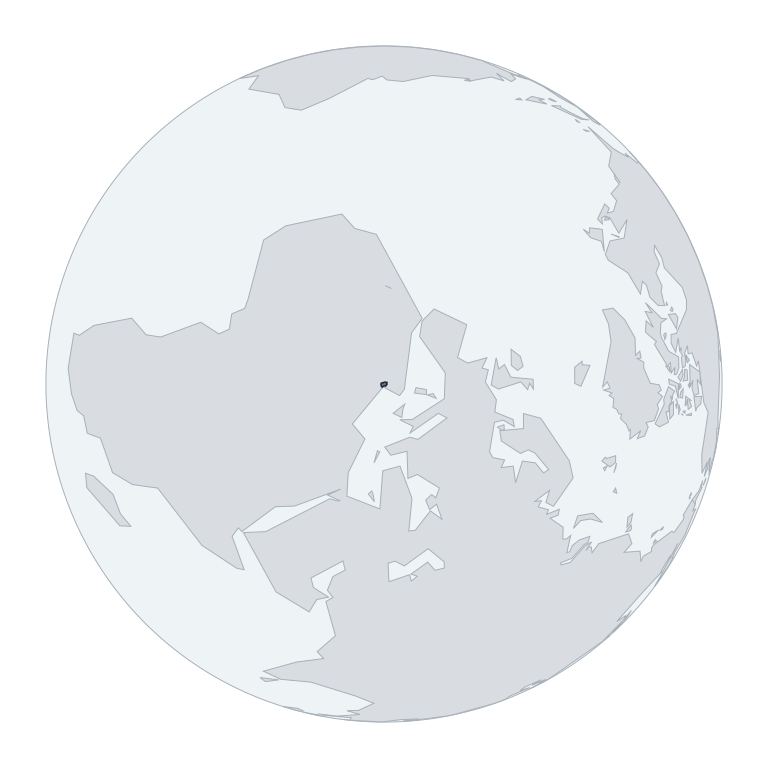 Gabès on an orthographic globe, rotated 107°
{"feature_id": "TUN-111", "entity_name": "Gabès", "entity_type": "Governorate", "adm_level": 1, "iso_a3": "TUN", "parent_name": "Tunisia", "parent_adm1": "", "projection": "orthographic", "projection_center": [9.729, 33.79], "detail": "coarse", "context": "on_globe", "style": "filled", "palette": "slate", "viewbox_px": 768, "rotation_deg": 107, "n_neighbors": 0, "source": "natural_earth", "source_scale": "10m", "svg_char_len": 10700}
<svg xmlns="http://www.w3.org/2000/svg" viewBox="0 0 768 768"><g transform="rotate(107 384 384)"><circle cx="384" cy="384" r="338" fill="#eef3f6" stroke="#a8b0b8"/><path d="M216.8,90.3L223.1,87.0L213.9,92.2L220.7,88.6L232.7,82.4L238.9,79.2L278.6,65.4L319.3,54.6L328.9,51.5L329.4,52.7L345.2,48.3L348.7,47.9L355.7,47.3L344.6,48.6L344.1,49.0L358.6,47.4L361.2,47.7L369.7,47.4L371.5,48.1L359.4,50.2L360.3,51.0L370.5,49.9L378.8,50.7L363.6,52.0L376.4,53.8L358.4,59.5L316.4,65.7L308.3,72.7L269.9,90.2L275.3,90.4L264.2,98.4L266.2,102.0L258.5,105.1L266.8,105.5L273.5,102.1L279.4,101.3L281.2,103.4L271.7,107.4L269.4,106.9L267.5,109.2L262.0,110.4L265.8,111.0L254.0,116.1L268.3,114.4L261.1,121.3L252.6,123.9L250.2,119.2L224.5,116.5L215.2,119.3L204.4,127.0L191.0,149.8L182.0,155.3L172.3,165.8L178.7,164.3L188.6,155.7L198.1,156.5L209.1,146.7L214.5,146.0L227.1,138.6L228.7,144.8L223.3,155.1L212.9,161.8L210.3,166.9L223.0,165.1L206.4,183.3L200.1,205.6L195.4,210.2L181.2,209.7L174.1,197.0L155.7,199.7L171.1,203.5L159.1,216.6L158.6,221.4L161.3,224.4L167.1,221.9L163.8,228.0L147.3,225.6L150.1,220.0L155.3,220.5L151.9,215.1L140.7,215.1L135.5,222.5L124.1,217.4L120.3,222.9L115.7,225.4L122.6,216.7L109.9,232.8L95.7,234.5L78.3,264.1L91.7,234.1L94.2,224.6L95.7,216.6L92.7,221.1L98.7,206.5L97.2,205.8L89.8,217.8L103.4,195.7L118.7,174.6L135.6,154.9L154.0,136.4L173.8,119.5L194.7,104.1L216.8,90.3ZM72.7,252.5L70.3,258.8L73.3,252.9L71.9,260.2L62.7,279.9L58.5,300.1L53.0,318.5L50.4,333.8L50.8,339.4L50.5,352.9L53.8,347.3L57.6,350.7L54.0,367.4L59.0,357.8L59.1,371.2L68.9,390.0L67.2,392.3L74.9,428.2L89.1,454.1L92.4,470.3L90.1,475.7L96.3,483.8L96.5,488.8L126.6,519.5L146.3,543.1L148.6,559.5L137.8,569.0L141.5,599.4L125.8,594.1L130.9,604.6L134.0,611.4L118.0,592.4L103.4,572.3L90.3,551.1L78.8,529.1L69.0,506.2L60.8,482.8L54.4,458.7L49.8,434.3L47.1,409.6L46.1,384.8L47.3,375.4L49.9,350.1L50.2,342.7L48.8,346.7L52.6,318.2L57.7,296.4L61.1,284.4L72.7,252.5ZM73.2,272.7L68.8,305.3L66.5,296.4L67.8,295.8L69.9,285.4L72.2,271.3L71.5,265.0L73.2,272.7ZM82.1,265.5L82.4,261.2L82.8,264.3L82.1,265.5ZM241.2,78.0L232.6,82.3L220.9,88.3L227.7,84.5L241.2,78.0ZM264.0,68.7L260.7,70.3L253.3,72.7L257.5,71.0L264.0,68.7ZM335.1,49.9L327.6,51.2L334.0,50.0L335.1,49.9ZM370.6,47.2L371.9,47.0L375.8,47.0L370.6,47.2ZM225.4,135.9L226.2,137.2L223.5,137.8L225.4,135.9ZM230.1,131.6L226.4,131.4L228.0,129.4L230.3,129.5L230.1,131.6ZM382.0,48.4L387.8,49.1L379.8,48.7L382.0,48.4ZM234.4,132.4L231.5,125.9L234.5,122.4L245.8,120.4L234.4,132.4ZM389.8,49.6L404.0,51.9L408.2,51.2L404.5,55.4L393.6,51.5L383.1,51.0L389.5,50.5L389.8,49.6ZM274.8,100.2L267.8,103.9L271.9,99.0L274.8,100.2ZM276.0,97.4L280.3,85.1L291.6,81.3L287.9,85.9L301.1,80.1L304.4,84.1L297.9,88.2L290.0,89.7L297.3,90.3L276.0,97.4ZM400.2,57.8L401.8,59.0L397.8,58.2L400.2,57.8ZM282.0,100.7L281.9,98.3L291.6,94.7L293.7,98.9L289.9,98.7L282.0,100.7ZM302.9,76.8L310.5,75.3L315.3,78.0L318.9,77.9L305.5,83.9L302.9,76.8ZM288.6,100.5L294.5,101.2L291.5,104.9L282.8,102.8L288.6,100.5ZM293.3,92.1L298.0,90.8L296.1,92.8L293.3,92.1ZM284.5,119.6L284.1,116.2L289.1,113.9L284.5,119.6ZM296.8,101.3L297.8,100.0L299.8,98.9L302.9,100.2L296.8,101.3ZM309.8,85.7L310.2,87.4L315.6,83.3L319.4,85.7L309.7,89.4L315.5,88.8L316.7,89.6L307.5,91.9L309.8,85.7ZM312.0,98.3L301.0,104.7L300.6,111.2L296.1,113.2L297.6,102.6L312.0,98.3ZM310.1,94.3L310.3,97.2L304.6,97.9L301.0,96.5L310.1,94.3ZM325.5,86.1L322.1,81.4L324.3,80.9L325.5,86.1ZM313.0,100.0L315.6,98.4L313.6,100.3L313.0,100.0ZM322.9,90.0L321.4,88.3L324.0,87.7L322.9,90.0ZM322.1,97.0L318.6,98.9L316.0,97.9L322.1,97.0ZM323.4,93.7L327.2,93.2L317.2,96.3L322.3,93.0L323.4,93.7ZM325.6,89.7L326.6,88.7L325.8,90.5L325.6,89.7ZM333.8,100.4L321.8,104.7L316.1,102.1L328.6,98.2L333.8,100.4ZM498.8,66.2L487.1,63.5L450.5,56.4L466.1,59.1L464.9,59.9L472.0,62.0L482.9,64.3L482.6,63.7L512.2,77.9L543.1,91.9L535.1,85.3L538.6,85.5L566.7,100.1L613.8,137.0L619.0,141.2L620.1,142.2L630.8,153.2L633.0,155.6L624.5,146.9L625.0,148.2L619.0,142.6L629.0,154.5L620.8,147.0L632.6,160.7L637.4,164.2L631.6,155.8L645.3,172.0L650.3,176.1L657.3,185.3L679.8,220.7L683.2,227.0L692.8,248.0L695.3,253.6L694.2,253.4L700.2,270.1L707.8,287.3L715.6,318.8L716.6,324.4L715.4,318.4L712.7,317.7L717.5,340.6L719.8,346.4L720.0,348.3L721.4,364.9L721.4,365.0L719.8,351.2L718.7,350.4L715.2,331.4L707.0,310.3L707.3,323.9L703.6,313.0L692.3,300.4L690.7,319.7L690.5,367.1L696.6,396.3L693.9,415.4L675.5,386.4L664.2,361.5L659.5,369.7L638.9,356.8L609.0,376.0L603.1,370.4L597.8,377.8L583.1,376.6L573.3,366.7L565.2,371.5L590.8,397.1L599.3,392.0L604.0,374.7L609.8,385.3L623.8,389.0L614.4,426.5L567.2,475.0L559.8,454.0L509.6,402.3L509.5,394.5L509.2,393.7L508.4,392.3L506.7,405.5L497.1,394.6L526.9,433.9L533.1,452.0L566.6,476.7L564.1,481.2L574.1,484.7L602.5,463.4L603.3,470.9L591.5,511.0L549.7,570.0L553.7,595.1L548.1,617.7L518.7,639.3L517.9,653.3L502.2,661.9L499.0,669.8L484.5,680.1L461.5,690.6L426.1,695.4L426.5,689.6L412.7,678.4L394.8,644.5L406.5,625.9L404.4,611.3L378.5,577.3L384.4,556.6L376.8,547.9L361.5,550.1L352.4,539.3L342.8,538.8L281.5,541.2L261.4,524.1L233.8,474.0L243.8,457.4L243.1,435.1L310.0,366.7L327.0,372.6L383.0,363.0L390.5,365.6L387.0,384.0L431.5,402.6L442.1,386.2L479.3,392.3L502.1,386.7L504.7,351.4L467.4,359.8L457.8,344.7L485.2,323.8L517.4,317.3L514.7,311.3L491.8,302.5L496.5,288.9L483.6,298.6L490.8,303.6L482.9,310.2L475.8,306.2L477.7,301.2L467.3,300.6L460.7,325.6L467.3,333.5L441.6,342.3L450.1,356.6L444.1,364.8L427.4,343.9L427.0,335.3L398.0,313.8L396.1,323.4L423.3,344.8L416.0,343.7L413.6,358.4L409.6,346.5L380.5,322.0L355.5,328.6L328.2,363.8L312.7,366.0L297.6,358.0L303.1,322.2L337.2,321.4L339.5,310.1L328.8,293.3L340.1,294.9L339.9,288.4L352.4,287.7L366.2,271.9L378.4,269.8L380.2,250.2L386.7,246.9L383.7,259.2L388.2,267.2L417.9,263.3L422.6,258.5L421.4,246.4L429.7,247.5L424.7,236.4L440.0,229.3L417.2,229.1L415.2,216.3L422.4,205.4L417.6,201.5L405.9,219.5L404.8,226.9L410.5,233.2L404.2,255.1L394.8,259.6L385.9,237.6L371.5,242.0L370.9,224.1L403.2,184.4L418.5,175.7L451.4,186.2L449.9,194.5L437.3,194.6L452.3,205.5L449.5,199.3L456.4,200.6L456.2,189.9L461.1,190.3L452.5,179.7L458.5,179.1L463.8,185.9L468.6,170.8L480.1,167.6L478.8,164.1L474.2,161.2L491.8,159.8L490.1,157.3L483.7,156.8L476.1,151.7L469.5,142.6L476.0,142.6L479.2,145.8L495.7,153.3L503.3,162.8L505.3,161.9L500.2,153.7L480.1,144.6L474.3,139.2L484.2,142.3L480.2,140.7L479.3,138.1L484.5,135.7L473.8,131.9L455.8,106.4L464.0,100.3L474.8,105.2L469.0,90.3L478.8,86.4L472.8,85.7L466.0,79.2L462.9,80.2L459.5,79.5L440.6,65.7L441.2,63.2L426.3,58.2L423.2,58.1L422.0,59.5L404.5,55.4L408.2,51.2L414.9,51.6L412.6,49.5L428.4,51.1L440.3,52.1L458.9,56.5L466.7,57.6L464.9,56.8L474.2,58.5L495.2,64.9L498.8,66.2ZM290.5,404.7L289.6,411.5L290.5,404.7ZM554.2,327.7L571.6,321.5L558.9,303.8L564.5,300.3L558.1,295.9L557.9,302.6L541.5,290.1L547.2,280.8L542.5,272.6L536.5,274.4L528.6,293.7L552.0,311.3L550.2,321.6L554.2,327.7ZM69.3,390.4L70.1,396.0L68.2,393.0L69.3,390.4ZM63.7,301.5L63.9,305.8L63.2,310.4L62.5,308.2L63.7,301.5ZM72.0,335.4L73.5,341.4L70.9,337.9L72.0,335.4ZM68.7,310.1L70.7,331.3L65.7,326.7L64.9,313.7L66.9,318.7L68.7,310.1ZM76.9,272.8L76.5,276.4L74.9,278.6L76.9,272.8ZM82.3,267.9L82.1,267.2L83.3,263.6L82.3,267.9ZM160.1,216.7L161.3,217.1L162.9,221.1L159.9,221.1L160.1,216.7ZM183.7,229.1L177.7,238.7L179.8,231.6L174.5,233.0L172.3,220.5L193.0,212.0L184.0,217.8L183.7,229.1ZM175.1,202.5L174.2,210.7L174.4,202.1L175.1,202.5ZM326.5,256.2L332.0,260.3L329.0,267.7L313.6,272.6L317.8,261.6L326.5,256.2ZM340.4,264.7L335.9,242.8L345.2,239.6L340.7,244.9L347.4,245.0L342.0,253.8L355.4,273.1L353.6,281.2L326.1,284.4L336.1,278.6L330.2,274.5L340.4,264.7ZM307.7,200.0L305.9,192.5L328.6,195.0L327.7,201.8L312.3,206.5L304.3,201.3L307.7,200.0ZM254.9,131.0L252.7,129.5L255.3,128.2L259.3,128.4L254.9,131.0ZM283.9,118.2L267.1,136.9L263.8,135.9L258.0,149.1L247.0,151.8L251.1,143.0L238.2,155.5L237.5,148.7L229.8,157.7L240.1,137.8L239.0,132.8L244.5,137.1L254.7,134.6L258.7,132.0L269.4,121.3L271.9,110.2L282.4,106.7L289.2,107.1L290.2,109.2L283.0,110.7L289.5,112.5L279.9,116.3L283.9,118.2ZM362.2,125.9L353.5,124.8L364.9,132.8L355.4,135.1L357.3,135.9L351.6,140.5L348.0,147.7L343.3,147.9L343.9,150.7L340.2,154.1L339.5,158.1L330.7,160.1L329.2,165.4L325.9,163.4L325.6,172.1L321.9,166.6L316.7,171.1L323.0,174.0L277.2,179.2L260.9,186.9L249.3,196.8L244.5,187.2L252.3,172.4L266.6,157.4L283.0,151.9L277.8,149.0L284.1,145.7L285.6,149.4L287.2,141.9L292.8,140.3L305.5,129.5L304.3,120.7L308.9,116.9L312.2,119.5L314.5,114.0L323.8,116.7L327.3,114.2L340.0,114.8L344.2,122.1L347.8,118.8L357.6,119.6L362.2,125.9ZM337.3,100.8L344.5,108.0L342.9,113.1L321.5,110.1L317.0,112.0L303.3,111.1L306.0,103.9L309.7,104.7L313.9,103.9L311.3,106.5L316.5,103.9L321.7,105.1L327.2,103.5L328.0,106.2L337.3,100.8ZM397.2,358.3L402.6,358.6L410.8,357.1L409.4,366.7L397.2,358.3ZM377.0,341.8L381.7,340.4L383.7,352.3L378.1,352.3L377.0,341.8ZM382.5,329.9L381.8,339.4L378.8,334.2L382.5,329.9ZM387.9,257.4L392.7,255.5L393.9,258.3L392.0,262.8L387.9,257.4ZM393.9,153.1L389.2,150.9L390.2,149.3L384.8,141.5L391.4,139.6L397.3,143.6L393.9,153.1ZM499.4,358.8L493.8,366.8L489.9,364.5L492.6,362.2L499.4,358.8ZM450.2,368.2L462.3,370.5L449.7,370.8L450.2,368.2ZM400.2,149.7L397.2,146.6L402.4,147.6L400.2,149.7ZM395.9,137.9L401.7,138.3L391.6,138.5L395.9,137.9ZM596.8,595.1L570.0,637.9L556.6,643.3L557.0,634.7L568.8,610.8L585.2,598.1L594.1,584.5L596.8,595.1ZM721.9,386.0L719.4,371.7L720.2,365.6L721.5,368.2L721.9,386.0ZM697.7,398.1L703.2,410.3L701.0,416.8L697.7,398.1ZM698.6,261.3L700.6,267.2L699.0,263.4L695.5,253.7L698.6,261.3ZM452.5,134.6L452.7,147.1L457.2,156.1L466.7,160.6L453.4,160.2L446.5,146.3L452.5,134.6ZM454.7,109.6L446.4,106.6L449.8,105.0L452.2,105.4L454.7,109.6ZM449.9,109.8L440.1,111.8L435.3,108.3L444.0,107.4L449.9,109.8ZM420.4,129.5L420.0,133.2L415.8,132.1L420.4,129.5ZM562.0,96.7L559.2,95.0L558.3,94.5L562.0,96.7ZM553.1,91.4L555.4,92.9L534.2,83.7L528.2,81.2L541.0,85.0L544.0,86.8L550.3,90.0L553.1,91.4ZM404.9,58.5L402.1,58.9L402.8,57.9L404.9,58.5ZM457.9,80.2L453.5,79.0L454.4,77.5L457.9,80.2ZM441.5,75.2L443.6,77.7L438.7,75.0L441.5,75.2ZM448.8,83.6L443.2,78.7L452.4,83.5L448.8,83.6Z" fill="#d9dde1" stroke="#a8b0b8" stroke-width="1"/><path d="M385.4,381.7L385.3,381.8L385.4,382.0L385.4,382.3L385.6,382.9L386.1,383.7L386.9,384.5L387.6,384.8L387.2,385.3L386.7,386.1L386.2,386.2L385.6,386.7L385.0,386.9L384.7,386.9L384.3,387.0L384.1,386.9L383.8,386.6L383.5,386.2L383.1,385.8L383.1,385.6L383.3,385.3L383.3,385.2L383.0,384.9L382.8,384.9L382.6,384.6L382.3,384.4L381.9,383.7L381.7,383.2L381.7,382.5L381.8,382.4L382.2,382.0L381.8,381.7L381.7,381.5L382.2,381.4L382.8,381.5L383.2,381.3L383.4,381.1L383.7,381.0L383.9,381.2L384.0,381.4L384.1,381.5L384.6,381.5L384.8,381.7L385.0,381.8L385.2,381.6L385.4,381.7Z" fill="#64748b" stroke="#1e293b" stroke-width="1.5"/></g></svg>